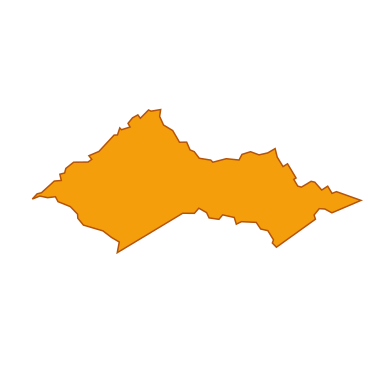 Yuba, California, United States of America (orthographic projection), rotated 59°
{"feature_id": "52423323B63323326586067", "entity_name": "Yuba", "entity_type": "district", "adm_level": 2, "iso_a3": "USA", "parent_name": "United States of America", "parent_adm1": "California", "projection": "orthographic", "projection_center": [-121.36, 39.279], "detail": "fine", "context": "isolated", "style": "filled", "palette": "amber", "viewbox_px": 384, "rotation_deg": 59, "n_neighbors": 0, "source": "geoboundaries", "source_scale": "gbopen_adm2", "svg_char_len": 1228}
<svg xmlns="http://www.w3.org/2000/svg" viewBox="0 0 384 384"><g transform="rotate(59 192 192)"><path d="M286.2,51.5L266.1,68.0L265.3,72.7L256.9,72.7L257.1,79.8L246.8,81.7L244.2,84.4L244.2,95.7L241.4,98.3L233.6,98.3L233.6,95.6L217.0,95.6L217.1,100.9L206.0,101.0L197.6,98.4L197.5,106.9L194.7,115.4L187.6,121.1L185.5,129.8L188.8,135.2L181.1,145.5L177.2,158.8L174.3,159.5L166.8,168.4L158.6,169.3L154.9,172.0L146.5,170.9L142.9,177.1L129.4,176.9L119.9,181.9L110.5,180.8L105.2,176.4L101.6,185.5L99.3,187.0L102.2,198.3L98.0,198.7L97.8,204.8L100.2,211.5L104.4,211.6L102.3,220.4L99.9,220.9L104.7,226.5L103.1,229.5L109.3,250.9L107.8,261.7L112.4,261.1L112.8,265.7L105.5,278.1L106.8,288.0L110.1,291.4L108.7,296.1L114.8,298.1L111.7,304.4L115.1,321.4L113.8,325.7L115.8,332.5L117.1,324.5L122.5,318.7L125.7,311.5L131.3,311.8L141.9,303.8L152.0,301.5L155.7,303.4L164.5,302.1L179.4,288.4L189.5,284.4L197.4,280.1L205.5,287.3L205.4,211.0L211.5,200.9L209.4,194.5L217.2,190.1L223.0,190.7L229.3,183.0L227.4,177.5L235.6,168.9L242.4,170.6L242.9,164.9L251.1,152.6L259.1,152.2L264.2,146.9L275.0,146.8L277.1,149.4L282.8,148.1L278.9,100.2L274.6,99.2L271.8,91.5L275.0,86.9L281.9,82.8L286.2,51.5Z" fill="#f59e0b" stroke="#b45309" stroke-width="1.5"/></g></svg>